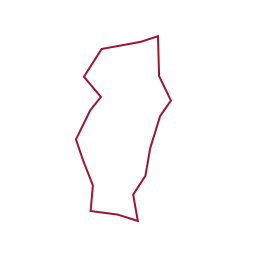 Anageia, Nicosia, Cyprus, rotated 230°
{"feature_id": "46923920B76121655134993", "entity_name": "Anageia", "entity_type": "district", "adm_level": 2, "iso_a3": "CYP", "parent_name": "Cyprus", "parent_adm1": "Nicosia", "projection": "mercator", "projection_center": [33.24, 35.076], "detail": "fine", "context": "isolated", "style": "outline", "palette": "rose", "viewbox_px": 256, "rotation_deg": 230, "n_neighbors": 0, "source": "geoboundaries", "source_scale": "gbopen_adm2", "svg_char_len": 379}
<svg xmlns="http://www.w3.org/2000/svg" viewBox="0 0 256 256"><g transform="rotate(230 128 128)"><path d="M50.5,75.8L73.6,89.1L80.2,110.6L98.3,132.1L116.5,160.3L121.4,178.5L147.8,185.2L179.1,210.0L185.7,193.4L205.5,158.6L195.6,127.2L169.2,127.2L165.9,110.6L152.7,80.8L131.3,72.5L106.6,64.2L88.4,46.0L68.6,64.2L50.5,75.8Z" fill="none" stroke="#9f1239" stroke-width="2"/></g></svg>